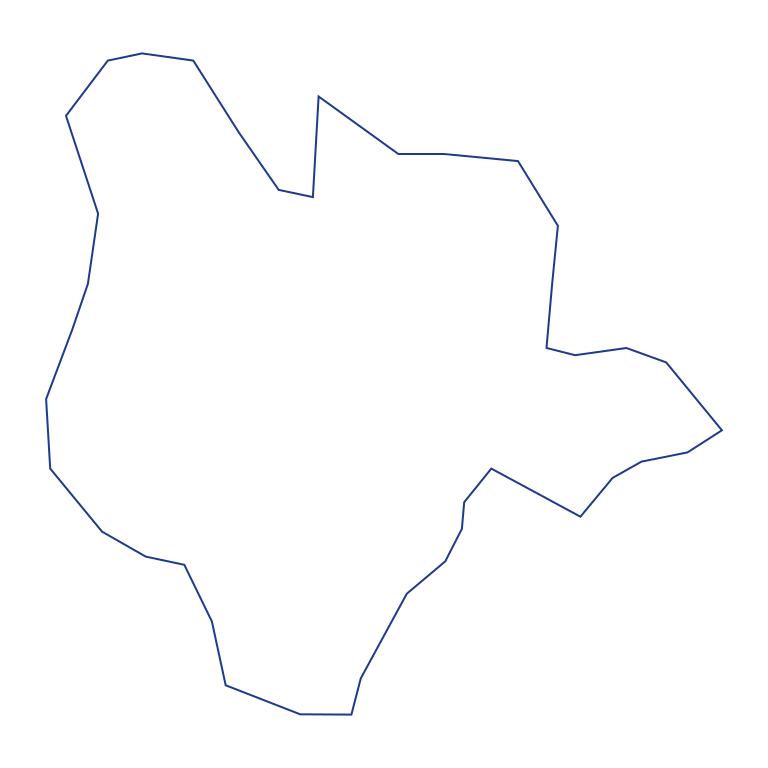 an SVG outline of Srbica
{"feature_id": "KOS-5896", "entity_name": "Srbica", "entity_type": "District", "adm_level": 1, "iso_a3": "XKX", "parent_name": "Kosovo", "parent_adm1": "", "projection": "natural_earth1", "projection_center": [20.758, 42.727], "detail": "fine", "context": "isolated", "style": "outline", "palette": "blue", "viewbox_px": 768, "rotation_deg": 0, "n_neighbors": 0, "source": "natural_earth", "source_scale": "10m", "svg_char_len": 608}
<svg xmlns="http://www.w3.org/2000/svg" viewBox="0 0 768 768"><path d="M50.2,468.6L46.1,399.1L72.3,329.5L87.9,283.8L98.1,213.7L66.0,115.8L107.8,60.6L142.0,53.4L193.3,60.6L238.8,132.4L278.7,189.9L312.9,197.1L318.6,96.5L398.3,154.0L443.9,154.0L518.0,161.1L557.9,225.8L552.2,283.3L546.5,348.0L575.0,355.2L626.3,348.0L666.2,362.4L721.9,430.3L687.5,452.4L641.5,461.6L612.6,477.9L580.4,516.7L491.3,468.6L464.2,502.2L461.9,528.8L445.3,561.3L406.8,593.7L360.8,678.3L351.4,714.6L300.1,714.3L225.7,685.3L211.9,621.5L184.3,564.8L145.7,556.6L102.1,531.7L50.2,468.6Z" fill="none" stroke="#1e3a8a" stroke-width="2"/></svg>